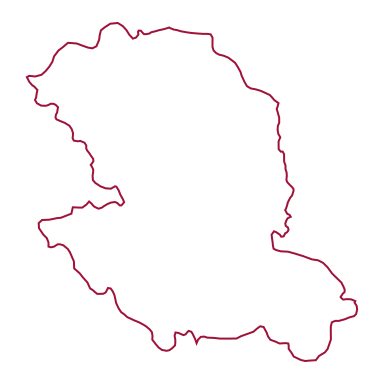 Gomel, Gomel, Belarus (Albers equal-area conic projection)
{"feature_id": "67162791B13261784360532", "entity_name": "Gomel", "entity_type": "district", "adm_level": 2, "iso_a3": "BLR", "parent_name": "Belarus", "parent_adm1": "Gomel", "projection": "albers", "projection_center": [30.956, 52.323], "detail": "fine", "context": "isolated", "style": "outline", "palette": "rose", "viewbox_px": 384, "rotation_deg": 0, "n_neighbors": 0, "source": "geoboundaries", "source_scale": "gbopen_adm2", "svg_char_len": 4049}
<svg xmlns="http://www.w3.org/2000/svg" viewBox="0 0 384 384"><path d="M169.3,27.5L165.8,28.6L163.2,29.3L159.0,30.2L155.6,31.2L151.1,32.3L149.5,33.5L146.4,34.1L143.9,34.1L142.3,32.4L140.9,30.7L138.6,30.6L138.0,31.9L138.4,34.6L136.0,37.6L132.9,38.6L129.2,34.6L126.5,30.2L122.8,26.1L117.8,23.0L110.3,23.7L104.6,27.4L100.9,30.4L99.8,34.8L99.1,39.9L96.4,46.3L92.4,48.3L88.0,47.6L81.2,45.2L76.8,43.5L68.0,42.8L63.3,46.8L58.5,50.5L54.1,56.3L52.4,61.7L49.3,66.7L45.6,71.1L41.5,74.8L35.1,76.5L29.3,75.8L26.9,77.1L27.0,77.3L29.3,81.9L32.3,85.3L34.3,86.6L37.4,90.0L36.7,93.4L36.1,97.5L35.0,100.0L36.9,103.2L41.1,105.6L45.8,105.8L48.4,105.0L50.8,103.7L53.9,103.9L55.8,105.0L58.0,107.2L57.1,112.5L55.9,114.9L55.5,117.3L56.4,119.3L60.4,121.1L64.9,122.9L66.7,124.1L69.3,125.6L71.7,129.1L73.0,133.1L72.9,136.0L72.6,138.1L73.8,140.6L77.9,141.3L80.2,140.9L84.5,142.7L86.3,145.5L86.2,148.4L87.1,150.4L89.3,153.2L91.0,155.8L93.2,158.9L93.4,161.1L92.1,163.3L90.7,164.9L91.8,166.5L93.2,169.5L93.2,171.7L92.6,175.7L92.9,180.1L95.3,182.9L100.4,186.3L105.5,188.3L110.9,188.7L113.3,187.3L115.0,186.3L116.4,186.7L118.7,190.4L120.4,194.8L123.1,199.6L124.1,202.3L121.4,205.4L119.7,205.4L117.3,203.0L115.0,202.0L110.9,202.6L107.5,204.0L103.7,206.3L101.7,207.7L98.6,208.7L94.9,207.0L93.5,206.0L91.8,203.9L89.1,201.5L86.4,204.6L82.3,207.6L79.6,207.6L72.8,207.3L71.4,213.7L68.7,214.7L60.8,217.8L57.1,218.1L49.3,219.7L42.1,220.0L38.7,223.1L39.0,228.2L43.4,234.7L46.8,238.1L48.5,242.5L48.5,246.6L50.8,247.3L53.9,246.7L57.7,244.3L60.0,244.3L63.4,245.3L67.9,249.1L69.9,252.2L73.9,261.4L74.2,268.5L79.7,273.3L82.4,276.8L87.5,282.6L90.1,288.4L92.8,290.1L94.5,291.7L97.3,293.9L100.2,293.9L103.4,293.7L105.4,292.6L106.1,291.7L108.0,288.0L110.7,288.5L112.8,291.5L114.4,295.0L115.4,299.4L116.1,302.9L118.5,308.1L121.1,312.1L124.4,314.5L127.2,317.1L134.8,320.6L139.2,322.4L143.6,324.8L146.0,326.3L149.7,329.4L151.9,332.2L152.5,335.9L152.3,339.7L155.8,344.2L158.6,347.5L161.9,349.9L166.5,350.8L169.4,350.2L172.4,348.0L175.0,345.4L175.3,342.9L175.3,339.7L174.6,335.7L175.5,332.5L178.3,332.9L183.4,335.1L185.5,334.4L187.3,332.2L188.6,330.9L191.4,331.8L192.8,334.2L195.2,339.2L196.6,343.2L198.1,339.6L200.8,336.9L204.2,336.6L207.2,337.6L213.7,337.9L220.1,338.6L229.9,338.6L236.6,338.5L241.0,336.2L248.8,333.4L253.5,331.7L256.9,328.7L260.2,326.3L263.6,327.0L266.7,332.7L268.0,336.4L270.4,339.8L275.2,341.5L279.6,343.5L285.6,343.1L288.3,343.5L288.7,345.5L288.7,348.9L291.4,352.6L293.8,356.6L300.9,360.0L305.3,361.0L309.4,360.6L315.8,360.2L319.2,355.8L324.9,352.4L327.6,349.0L330.9,339.5L330.8,331.1L330.8,326.7L331.8,322.3L335.2,320.9L338.9,320.9L345.0,319.2L349.0,317.5L354.1,316.1L356.1,314.1L357.1,309.7L356.7,306.0L354.6,302.6L355.3,301.1L351.3,299.4L349.1,299.2L346.0,299.2L343.2,299.6L341.2,297.9L340.6,297.0L342.9,293.5L344.5,292.2L344.7,289.6L343.3,286.3L341.4,282.6L337.6,278.9L332.1,273.5L327.5,267.2L323.1,262.9L318.1,260.3L312.0,259.4L302.8,256.0L294.3,253.4L288.0,251.7L280.6,251.3L276.0,250.0L273.6,248.7L272.9,245.4L272.7,242.8L272.0,238.0L271.6,234.7L274.0,231.3L276.1,232.1L279.9,234.7L281.2,236.7L283.6,236.4L285.3,233.2L286.8,232.5L288.3,230.5L288.5,229.2L287.9,227.5L285.7,225.8L285.3,223.4L286.6,219.9L287.9,218.1L290.7,216.8L289.6,214.9L287.2,213.8L285.2,210.1L286.1,208.3L287.4,204.4L287.6,202.9L290.2,197.7L292.1,195.5L293.6,190.5L293.4,188.7L291.6,186.6L289.7,184.8L287.3,182.2L286.4,179.9L286.8,175.9L286.6,172.5L285.5,169.2L285.5,165.5L284.1,161.4L284.1,157.3L284.1,154.3L282.7,151.6L280.7,151.6L278.7,149.2L278.6,145.8L278.6,141.4L280.3,137.3L278.3,133.9L277.6,129.5L277.9,125.8L279.2,122.8L279.2,117.7L277.7,112.3L276.7,108.9L277.5,106.9L278.5,103.1L274.4,100.2L272.4,97.8L269.8,95.0L267.0,93.7L260.9,90.9L255.9,89.4L250.7,88.4L247.0,86.2L244.6,82.1L241.6,75.6L240.5,71.9L237.5,66.5L235.1,62.8L231.2,59.8L228.4,57.7L223.6,55.7L219.3,54.7L216.2,53.1L213.6,50.5L212.5,46.9L212.5,42.1L212.5,37.6L210.6,34.3L207.3,33.9L203.4,33.9L197.6,33.5L191.8,33.0L187.2,32.4L181.0,31.3L176.6,30.0L173.8,29.6L169.7,27.9L169.3,27.5Z" fill="none" stroke="#9f1239" stroke-width="2"/></svg>